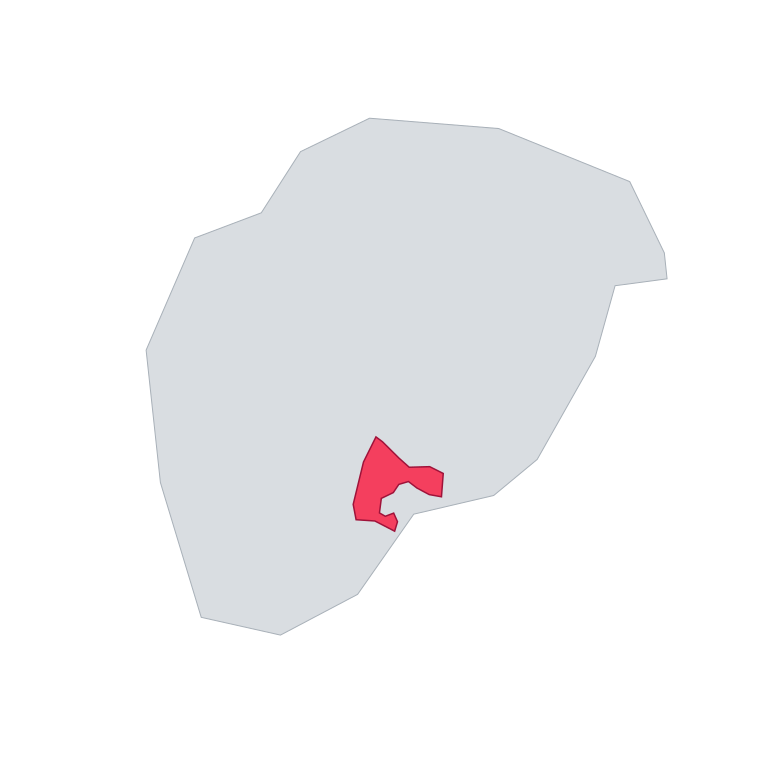 Mauritius, with Port Louis highlighted, rotated 198°
{"feature_id": "MUS-5189", "entity_name": "Port Louis", "entity_type": "City", "adm_level": 1, "iso_a3": "MUS", "parent_name": "Mauritius", "parent_adm1": "", "projection": "orthographic", "projection_center": [57.509, -20.162], "detail": "fine", "context": "in_parent", "style": "filled", "palette": "rose", "viewbox_px": 768, "rotation_deg": 198, "n_neighbors": 0, "source": "natural_earth", "source_scale": "10m", "svg_char_len": 737}
<svg xmlns="http://www.w3.org/2000/svg" viewBox="0 0 768 768"><g transform="rotate(198 384 384)"><path d="M479.9,632.3L353.8,662.4L212.8,652.4L157.9,595.3L147.3,571.5L194.6,548.9L191.5,475.6L215.0,359.6L245.2,311.9L315.5,269.4L344.1,175.8L404.9,113.2L485.7,105.6L566.2,221.2L620.7,342.7L609.2,464.4L553.6,508.9L535.2,579.2L479.9,632.3Z" fill="#d9dde1" stroke="#a8b0b8" stroke-width="1"/><path d="M300.0,317.2L294.5,294.5L306.8,292.8L320.4,295.2L330.6,298.8L338.9,293.1L341.6,283.6L351.2,274.4L348.5,260.0L341.9,258.6L334.9,264.2L328.6,257.2L328.4,247.3L350.4,250.9L368.6,246.3L376.1,260.0L379.4,303.5L375.3,331.2L367.6,328.6L347.2,318.3L334.3,312.6L315.0,319.5L300.0,317.2Z" fill="#f43f5e" stroke="#9f1239" stroke-width="1.5"/></g></svg>